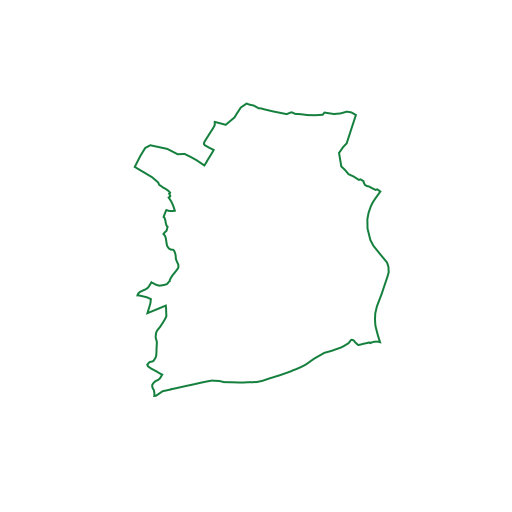 Ibadan North, Oyo, Nigeria, rotated 31°
{"feature_id": "59680162B6783963116345", "entity_name": "Ibadan North", "entity_type": "district", "adm_level": 2, "iso_a3": "NGA", "parent_name": "Nigeria", "parent_adm1": "Oyo", "projection": "albers", "projection_center": [3.902, 7.422], "detail": "fine", "context": "isolated", "style": "outline", "palette": "green", "viewbox_px": 512, "rotation_deg": 31, "n_neighbors": 0, "source": "geoboundaries", "source_scale": "gbopen_adm2", "svg_char_len": 4443}
<svg xmlns="http://www.w3.org/2000/svg" viewBox="0 0 512 512"><g transform="rotate(31 256 256)"><path d="M392.3,251.5L390.5,248.8L387.8,243.8L385.6,237.0L383.3,224.1L379.2,205.5L378.1,201.6L375.2,197.2L371.7,194.1L361.8,190.6L351.4,186.8L345.8,183.4L337.5,175.1L332.5,167.1L330.2,160.8L328.8,154.1L328.5,150.0L328.6,146.1L329.4,136.7L325.6,136.4L324.5,137.7L322.9,137.9L320.4,138.1L317.2,138.2L315.1,138.9L312.9,139.0L310.7,137.7L309.6,136.5L306.1,136.5L305.0,137.8L302.8,137.7L298.7,137.6L293.1,138.2L288.3,136.5L283.0,135.3L274.1,124.9L274.6,117.6L275.7,112.8L269.0,83.7L263.8,83.8L259.5,85.5L255.0,90.3L249.6,94.2L240.8,97.8L240.4,100.6L234.3,104.8L227.7,108.6L221.1,111.5L216.4,114.0L213.4,114.3L212.2,114.7L209.2,118.6L196.4,123.2L188.6,125.7L184.0,127.0L182.3,128.0L176.6,128.2L172.5,129.6L169.4,130.2L166.5,136.6L166.2,144.8L166.2,148.2L162.5,159.1L151.6,162.3L153.2,165.1L153.4,168.7L153.2,174.9L153.0,184.7L153.3,185.9L153.7,186.8L154.9,187.4L159.8,187.3L165.1,186.9L165.2,188.9L165.2,192.8L165.1,198.0L165.2,202.4L165.1,205.0L161.7,204.8L155.7,204.5L149.3,204.7L142.2,205.3L136.5,209.1L124.8,209.9L108.4,215.5L105.4,220.4L105.3,229.6L106.2,242.1L126.4,242.0L134.1,243.3L135.8,244.4L136.7,244.9L138.5,244.9L141.3,245.2L143.6,245.0L146.6,245.2L148.0,245.4L149.8,246.0L149.8,246.6L149.5,247.3L151.6,248.7L151.7,249.2L151.0,250.8L154.6,252.6L155.9,253.3L158.9,255.4L160.0,256.3L163.1,259.0L161.5,260.3L160.8,260.8L158.1,262.2L155.5,262.8L155.6,263.9L156.0,266.5L156.7,270.1L158.1,270.5L160.2,272.4L161.4,273.9L163.2,275.7L164.3,276.3L165.1,276.4L166.3,280.3L165.7,282.4L165.3,284.8L167.7,285.6L169.6,287.3L171.2,289.2L172.9,291.3L174.6,293.1L177.3,294.4L179.4,294.4L179.5,294.4L181.7,293.4L182.8,293.5L184.0,294.3L185.4,295.4L187.3,297.5L188.5,299.4L189.8,300.6L191.6,301.9L193.6,303.2L194.8,304.7L195.5,306.4L195.1,310.5L194.4,315.2L194.3,318.5L194.5,320.9L195.0,322.0L194.7,322.6L194.5,323.5L194.4,324.7L194.1,325.9L193.5,326.7L192.6,327.7L191.4,328.8L189.5,330.4L188.1,331.4L187.8,331.4L185.8,332.0L184.4,332.2L184.1,332.2L182.7,332.2L180.9,332.5L179.9,332.4L179.9,336.7L179.7,338.5L179.6,339.2L178.3,341.9L177.3,343.1L175.8,345.4L174.9,346.9L174.5,348.3L174.4,349.3L174.5,350.0L174.7,350.8L175.7,350.3L176.8,349.8L183.6,347.6L188.1,347.1L189.9,351.1L192.4,360.9L204.2,345.0L205.7,346.9L208.2,350.8L209.4,352.6L210.2,353.8L210.3,354.6L210.5,357.7L210.5,361.2L210.4,363.3L210.4,364.3L210.4,364.8L210.3,365.6L210.2,366.9L209.9,368.7L209.7,370.1L209.7,371.7L209.9,372.8L210.1,373.9L210.8,375.2L211.3,376.4L211.9,377.4L213.2,378.8L214.8,380.2L215.4,380.9L216.1,382.2L217.3,384.4L218.9,387.5L219.4,388.2L219.7,388.8L220.1,389.5L220.9,391.1L221.6,392.4L221.9,393.2L222.1,394.1L222.3,395.4L222.2,397.3L222.2,397.9L222.1,398.7L221.8,399.3L221.4,399.9L220.5,400.7L219.8,401.3L219.4,401.9L219.1,402.7L219.0,403.7L218.8,405.3L219.4,405.6L220.2,406.2L224.0,406.5L229.9,406.2L233.5,406.2L236.7,406.0L236.7,410.2L236.0,412.5L234.6,414.6L234.2,415.3L233.6,417.3L233.4,419.7L233.8,420.5L234.2,421.3L235.8,422.7L237.5,423.5L239.1,425.4L239.9,426.4L240.2,427.1L240.7,427.6L240.9,428.3L242.0,427.6L242.5,426.7L243.0,425.7L243.8,424.0L245.6,420.0L251.7,414.3L251.6,414.1L252.4,413.3L253.7,412.3L254.4,411.6L255.2,410.8L255.9,410.2L256.6,409.5L262.7,403.7L263.3,403.0L263.9,402.6L264.3,402.2L268.4,398.4L273.9,393.1L277.9,389.4L282.1,385.7L282.8,385.3L285.6,383.8L288.6,382.2L290.5,381.5L293.3,380.7L297.9,378.1L301.7,375.9L307.3,372.8L310.0,371.2L313.6,368.7L316.6,366.8L317.0,366.6L317.9,366.2L318.2,365.9L319.3,365.0L321.4,363.8L325.8,359.7L330.4,354.2L338.2,345.5L342.5,340.3L345.8,336.2L346.7,334.7L347.1,334.3L348.4,332.7L351.0,329.1L352.1,327.5L354.0,324.4L355.0,322.6L356.4,319.3L357.1,317.7L357.7,316.3L358.6,314.3L359.7,312.3L360.9,310.1L361.1,309.7L362.6,307.2L363.5,305.5L364.2,304.2L365.0,303.2L366.4,301.8L367.6,300.5L368.7,299.4L370.4,297.5L372.3,295.1L373.6,293.6L374.3,292.7L375.4,291.4L376.5,289.9L377.7,287.9L378.7,286.0L380.0,283.5L380.3,282.7L380.4,281.8L380.6,280.4L380.7,279.4L380.8,278.8L381.6,278.4L382.5,278.1L383.3,278.2L383.8,278.2L384.4,278.5L385.1,278.8L386.4,279.1L387.8,279.4L389.0,279.6L389.7,279.5L391.3,278.0L393.6,275.6L395.3,274.1L396.5,272.9L397.1,272.3L397.4,272.0L397.6,271.8L397.8,271.7L398.2,271.9L398.7,271.9L399.1,271.5L399.3,270.9L400.1,270.1L401.7,268.4L403.2,267.5L405.2,266.3L405.8,266.3L406.7,266.0L401.3,261.2L397.7,257.7L394.4,254.4L392.3,251.5Z" fill="none" stroke="#15803d" stroke-width="2"/></g></svg>